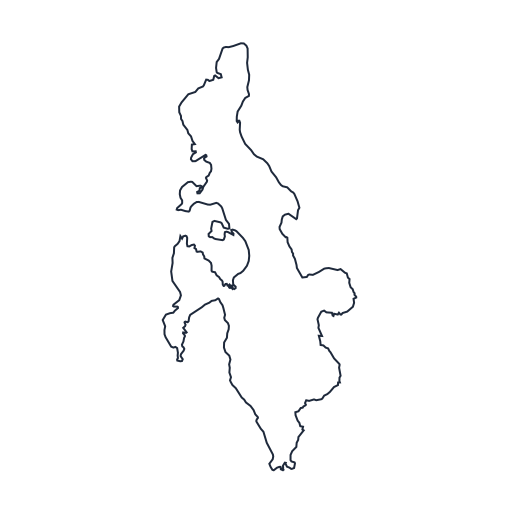 the district of Lembata, Nusa Tenggara Timur, Indonesia, rotated 287°
{"feature_id": "22746128B62947944336237", "entity_name": "Lembata", "entity_type": "district", "adm_level": 2, "iso_a3": "IDN", "parent_name": "Indonesia", "parent_adm1": "Nusa Tenggara Timur", "projection": "orthographic", "projection_center": [123.525, -8.375], "detail": "fine", "context": "isolated", "style": "outline", "palette": "slate", "viewbox_px": 512, "rotation_deg": 287, "n_neighbors": 0, "source": "geoboundaries", "source_scale": "gbopen_adm2", "svg_char_len": 6126}
<svg xmlns="http://www.w3.org/2000/svg" viewBox="0 0 512 512"><g transform="rotate(287 256 256)"><path d="M412.0,163.6L409.7,160.2L410.4,158.5L410.1,156.8L404.0,156.2L402.6,155.7L399.4,151.8L395.1,150.0L390.9,144.0L381.1,139.9L376.4,138.8L371.0,140.6L368.0,143.3L365.1,144.3L363.6,146.2L360.3,148.1L356.5,153.5L353.5,155.4L351.4,158.9L347.5,161.6L345.1,164.8L343.8,162.1L339.4,163.2L337.5,164.6L338.5,167.7L337.5,168.2L334.9,165.9L331.0,165.2L329.5,165.5L328.1,167.5L329.0,170.4L338.0,178.2L337.8,179.0L336.7,179.6L334.8,178.0L334.0,177.8L332.7,178.5L331.7,180.8L331.5,184.6L330.0,186.4L326.4,187.9L323.8,188.2L322.2,187.5L319.1,187.2L316.9,185.4L316.0,185.3L313.9,187.2L312.6,187.3L306.7,185.4L303.8,185.4L299.5,183.8L298.8,181.7L300.0,181.0L301.9,182.8L304.5,182.4L305.6,184.1L306.1,184.3L306.8,183.8L307.0,182.2L305.4,178.7L308.2,173.4L308.0,172.0L306.7,169.3L300.4,165.1L296.5,164.2L292.9,165.0L289.6,166.8L287.6,169.1L285.1,169.9L283.9,169.7L278.8,166.6L277.2,166.6L277.1,168.2L278.3,170.7L278.3,175.4L278.8,178.7L279.9,179.3L283.4,179.2L285.0,179.8L287.8,181.3L290.3,183.5L291.0,185.6L291.1,194.9L291.7,197.3L295.2,202.5L295.1,204.4L293.2,208.3L291.7,209.8L281.7,216.7L278.8,220.8L274.6,222.5L273.8,221.1L273.7,216.8L277.3,213.6L277.8,212.3L277.4,206.0L275.9,204.4L269.1,205.1L266.9,206.2L263.2,204.2L261.0,205.1L260.6,206.6L261.3,208.7L260.5,210.8L260.4,212.4L261.4,219.5L262.4,220.4L265.6,220.5L267.6,219.6L269.7,219.3L270.6,220.5L270.7,222.1L269.5,228.2L270.7,228.0L272.2,225.7L273.6,224.8L274.4,225.9L274.4,228.5L274.0,230.1L269.5,238.2L267.0,241.5L259.6,247.3L254.2,249.5L249.1,250.5L244.0,250.2L238.1,248.1L235.1,246.1L233.7,244.2L229.0,241.1L226.1,241.0L222.7,242.3L221.9,242.9L220.7,245.5L219.3,245.9L218.0,244.8L218.4,243.7L217.6,243.2L218.0,242.7L220.9,242.1L220.4,241.0L218.1,241.0L217.8,240.0L218.3,239.3L219.1,239.1L220.6,239.6L221.0,239.0L219.6,238.2L219.3,237.5L220.8,236.2L220.3,235.0L218.2,234.4L217.9,233.8L218.9,232.6L221.8,231.5L222.6,230.6L223.5,228.5L225.0,226.9L226.0,224.0L228.5,221.6L228.2,218.7L228.9,217.8L233.7,216.4L236.2,215.0L237.8,212.1L238.6,207.4L240.5,206.6L242.1,204.8L243.7,204.0L244.2,201.7L242.8,198.6L242.9,197.9L245.1,196.6L245.6,194.8L248.0,194.6L248.8,193.3L247.6,191.2L245.6,189.4L245.3,187.6L247.6,186.3L253.2,184.9L254.6,183.8L254.8,182.6L253.5,180.6L251.0,180.2L252.9,177.9L247.9,178.5L244.7,177.5L241.6,175.5L240.4,175.2L234.6,176.7L229.8,176.6L224.9,178.3L216.4,179.4L207.7,183.4L199.4,193.9L196.4,195.7L191.3,195.5L185.3,191.3L183.9,191.3L183.6,192.3L184.6,195.4L184.4,196.2L183.4,196.6L180.0,194.4L177.6,193.5L176.2,190.5L173.6,187.0L167.5,185.5L162.2,189.7L158.4,190.1L154.4,191.4L151.9,193.3L144.5,201.4L144.3,203.8L145.5,205.5L144.9,207.5L140.7,209.6L137.8,210.2L135.6,211.2L134.0,210.8L133.0,211.3L133.2,214.4L133.9,215.9L135.9,216.1L138.1,213.3L138.9,213.0L140.4,213.0L144.3,214.5L146.2,214.6L147.5,213.4L148.0,212.0L149.5,211.1L153.0,211.6L156.7,211.2L158.4,211.5L159.2,211.2L160.8,208.8L161.6,208.7L162.0,211.5L162.7,212.0L166.0,207.4L168.2,208.7L169.7,208.7L171.5,207.1L172.1,207.1L172.6,207.6L172.7,210.0L173.8,210.6L177.8,210.0L180.5,210.3L191.2,219.2L194.6,221.4L197.7,225.0L200.1,226.7L201.8,230.0L204.3,232.1L204.0,233.2L201.5,235.3L199.1,238.4L196.7,240.0L190.7,243.6L187.6,243.7L185.6,245.0L183.6,248.8L181.3,250.5L177.9,251.3L173.7,251.1L169.3,252.1L164.0,250.8L159.1,252.1L155.2,254.9L152.9,259.6L149.5,261.8L144.5,262.0L141.4,263.6L136.8,264.6L132.8,267.5L129.5,267.5L128.0,268.8L125.7,271.2L123.7,275.3L116.5,283.7L115.2,286.7L113.0,289.2L111.0,294.6L108.0,298.7L104.4,301.6L102.5,304.8L101.8,305.2L99.9,304.5L98.3,304.5L97.6,305.0L92.2,311.1L90.1,314.5L80.5,320.9L71.1,330.2L69.3,331.1L66.5,331.4L61.2,329.5L58.7,331.5L56.3,334.2L56.3,335.6L59.7,338.0L61.2,340.0L61.5,341.1L59.3,342.1L59.0,344.4L59.6,344.8L60.9,343.5L61.4,343.9L63.3,343.1L66.8,344.0L66.9,344.9L66.2,344.8L63.6,347.2L63.4,349.8L62.7,352.0L63.1,352.8L64.4,354.4L69.1,353.9L69.9,353.2L69.9,350.0L70.9,348.7L75.9,347.2L80.0,347.7L85.2,350.4L89.3,349.5L92.5,350.1L95.3,349.5L103.2,352.6L103.6,351.1L106.5,350.9L106.2,348.1L109.2,346.2L110.7,344.0L115.3,340.4L118.1,339.3L119.9,342.0L123.7,343.2L124.6,345.0L125.9,345.3L127.7,347.0L128.3,347.2L129.7,345.9L132.7,346.2L133.0,349.2L135.8,353.4L135.7,355.8L138.1,360.3L139.0,361.1L142.4,362.0L144.8,364.6L147.6,366.4L153.5,368.9L156.5,372.1L159.0,371.5L159.6,373.2L160.8,372.3L164.1,371.4L166.2,371.9L173.5,368.1L176.4,367.8L177.1,367.3L180.9,360.6L185.7,355.4L186.7,353.8L188.7,352.0L188.8,349.4L190.2,346.6L189.8,343.8L193.2,342.4L198.1,339.4L198.8,342.5L205.5,336.7L208.2,336.3L213.5,333.3L215.1,333.3L221.8,334.7L223.7,337.1L222.7,339.8L223.9,345.2L221.5,346.7L221.3,347.6L223.6,347.6L223.9,351.3L226.0,351.9L224.7,353.9L224.9,354.7L226.8,355.5L229.5,359.5L235.8,363.5L239.9,363.5L243.6,361.8L245.6,364.0L246.4,363.7L247.7,361.5L249.2,361.2L250.1,359.8L252.5,358.2L253.8,355.6L257.6,353.0L261.3,352.2L262.2,350.2L265.9,347.9L266.0,346.0L268.2,340.7L266.4,338.1L265.8,329.2L264.6,326.3L263.8,324.9L259.1,320.8L254.6,315.9L253.9,312.4L253.1,311.4L250.8,310.7L249.0,306.6L256.5,298.6L259.2,297.4L264.7,294.0L267.3,291.3L269.1,290.8L270.4,289.2L272.7,288.1L274.9,285.2L278.4,282.2L282.7,280.6L283.0,279.6L282.6,278.9L284.9,274.7L288.6,270.8L290.7,270.0L295.3,270.6L298.5,270.0L301.7,270.0L304.0,271.6L305.9,274.7L303.0,283.7L303.9,284.2L312.1,282.8L314.8,283.4L320.4,279.8L326.6,274.5L327.6,273.0L328.1,270.7L330.8,265.8L330.5,261.1L331.2,259.1L333.2,256.3L337.1,252.3L341.3,246.1L345.9,242.3L348.0,239.7L350.6,234.6L351.3,227.7L352.7,224.3L355.8,220.4L360.0,212.9L366.0,207.3L369.7,204.6L372.0,203.5L378.8,201.8L380.5,200.5L380.2,199.6L379.0,199.8L378.3,199.4L379.4,198.1L383.7,196.9L388.8,196.2L395.4,198.0L399.9,198.3L404.0,199.5L407.0,202.4L408.7,202.0L412.3,199.4L415.0,198.3L422.0,197.9L427.3,196.5L431.7,193.8L438.1,191.0L443.6,190.0L452.0,187.3L454.3,185.3L455.7,182.2L455.0,179.4L450.1,172.8L447.7,168.8L447.1,166.1L445.9,164.2L444.7,163.4L433.6,163.0L430.0,161.7L424.2,162.8L420.4,164.6L419.8,165.4L419.6,169.2L416.8,170.9L415.1,168.2L416.7,164.1L416.0,163.4L412.0,163.6Z" fill="none" stroke="#1e293b" stroke-width="2"/></g></svg>